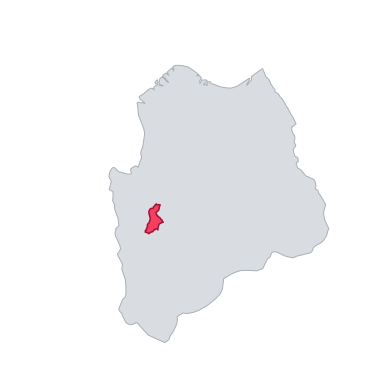 Karim Lamido, Taraba, Nigeria (highlighted), rotated 147°
{"feature_id": "59680162B13157392837231", "entity_name": "Karim Lamido", "entity_type": "district", "adm_level": 2, "iso_a3": "NGA", "parent_name": "Nigeria", "parent_adm1": "Taraba", "projection": "robinson", "projection_center": [10.84, 9.149], "detail": "fine", "context": "in_parent", "style": "filled", "palette": "rose", "viewbox_px": 384, "rotation_deg": 147, "n_neighbors": 0, "source": "geoboundaries", "source_scale": "gbopen_adm2", "svg_char_len": 7019}
<svg xmlns="http://www.w3.org/2000/svg" viewBox="0 0 384 384"><g transform="rotate(147 192 192)"><path d="M296.8,80.5L306.5,95.6L308.5,106.8L309.3,112.3L310.9,113.0L313.9,113.3L316.1,114.4L317.5,116.2L318.3,117.9L318.4,119.0L317.8,125.7L317.1,128.1L317.5,131.4L317.4,132.8L317.1,133.8L315.7,134.9L313.9,136.0L309.5,139.2L308.3,139.7L306.5,139.8L304.9,140.5L303.0,142.3L298.9,148.7L295.5,155.2L292.9,165.6L289.9,168.9L289.3,171.8L288.9,178.3L288.4,180.2L287.9,180.8L284.6,182.1L282.7,183.5L281.6,186.5L280.1,196.5L279.6,198.2L278.5,199.9L276.8,201.8L275.4,202.9L271.6,203.5L268.0,211.1L267.9,212.4L266.3,219.3L263.6,224.4L263.4,227.8L259.9,232.3L258.1,235.4L260.0,238.6L260.1,239.2L254.1,244.6L253.8,245.5L253.5,249.3L253.1,250.3L252.0,251.7L250.4,253.2L248.7,254.4L246.9,255.2L245.1,255.5L244.1,255.0L243.5,253.9L242.5,249.2L242.0,248.2L240.9,247.3L236.3,242.2L233.5,240.4L232.9,240.6L232.4,241.1L231.6,243.6L230.9,244.6L229.4,244.9L226.8,244.9L225.0,244.6L224.6,244.1L223.7,242.1L217.9,246.7L215.9,247.7L213.4,253.2L209.8,256.0L207.3,258.3L200.7,265.8L199.3,268.0L198.0,271.3L195.1,285.4L190.5,294.2L189.9,296.0L189.7,296.0L189.0,296.8L187.3,296.2L186.5,294.6L185.4,294.3L183.5,292.0L183.1,292.4L185.1,298.4L184.3,300.8L178.7,300.8L173.9,301.6L170.5,301.6L168.9,300.7L168.1,298.4L167.9,298.7L167.7,299.9L166.6,300.8L162.9,301.0L161.3,299.5L159.9,297.7L158.5,297.0L158.7,297.7L160.4,299.4L160.1,301.8L157.1,304.6L155.2,304.8L154.1,303.6L153.4,301.6L153.1,298.7L152.4,296.8L151.9,296.8L152.5,299.9L152.5,302.9L153.9,305.2L151.7,305.9L149.1,306.0L148.7,305.2L148.4,303.2L147.9,302.7L147.4,306.0L142.0,306.9L141.2,306.8L141.1,306.2L141.5,305.3L141.4,303.8L140.2,304.9L140.0,307.2L139.3,307.5L137.2,307.2L135.0,306.1L131.3,303.2L126.9,298.6L126.1,296.5L124.9,294.0L122.5,287.0L123.0,286.7L124.0,287.1L124.5,286.4L122.7,285.9L122.3,285.4L122.1,283.9L122.2,282.0L125.1,281.0L125.7,279.9L126.1,278.7L122.6,280.5L119.4,278.5L118.7,277.3L119.0,276.4L122.8,276.3L124.1,275.4L123.3,275.1L121.9,275.1L121.4,274.5L121.4,273.1L120.9,273.4L120.3,274.7L118.1,275.6L116.8,274.7L116.7,272.6L116.4,271.7L115.3,270.9L111.5,265.4L106.7,260.8L102.4,257.7L96.0,256.1L82.4,256.2L81.6,255.8L82.5,255.0L83.7,254.5L88.0,252.0L87.3,251.6L82.8,253.3L81.2,253.4L79.2,256.5L65.8,257.2L65.9,255.7L66.5,251.7L67.3,248.9L66.4,245.5L66.2,242.4L66.8,241.5L67.0,240.3L66.9,232.5L67.6,231.3L67.6,230.5L66.2,227.1L66.3,224.6L66.0,222.1L65.6,220.9L66.1,211.3L66.0,208.9L66.4,207.2L66.7,203.1L66.7,199.0L67.6,192.6L73.3,191.8L74.7,189.3L75.5,186.1L75.3,182.9L77.1,180.2L79.4,177.7L79.3,175.1L79.9,174.2L81.0,173.6L82.5,173.3L84.2,172.0L85.2,169.6L86.1,165.9L84.7,163.3L84.7,162.7L85.3,161.3L86.2,159.9L86.9,159.4L88.6,159.8L89.1,159.2L90.2,155.1L90.1,154.0L88.6,151.2L87.8,143.7L87.4,142.8L86.2,141.4L83.0,136.1L83.1,133.6L84.4,130.4L85.3,128.9L86.6,128.0L86.8,127.3L86.4,126.4L85.8,125.7L85.7,124.3L86.3,122.3L86.2,120.1L86.6,108.8L89.2,106.6L93.0,102.9L94.9,99.1L95.9,96.2L97.3,86.5L99.3,85.4L103.1,81.9L108.2,79.8L111.6,79.2L117.4,79.6L120.4,79.3L122.9,77.3L124.1,76.8L125.7,76.5L140.3,81.5L141.6,81.3L142.7,81.6L144.5,83.0L148.8,87.6L153.3,94.9L154.7,96.5L156.1,97.3L157.5,97.6L158.6,97.5L159.6,96.8L161.1,95.4L163.2,94.8L165.0,94.9L174.1,89.4L174.9,89.3L180.5,90.5L188.1,96.1L194.3,99.7L198.7,100.9L203.9,101.8L212.6,102.1L219.2,94.2L221.7,92.5L224.6,91.0L230.8,89.5L240.9,88.5L250.5,89.0L256.4,90.3L262.7,92.9L265.4,95.3L269.6,95.7L272.7,95.2L273.7,92.8L276.7,89.6L281.3,86.7L285.0,84.6L288.1,83.7L290.8,81.3L293.0,80.6L296.8,80.5ZM163.3,304.1L161.2,304.9L159.8,304.7L161.7,301.5L162.6,302.2L163.8,302.5L163.3,304.1Z" fill="#d9dde1" stroke="#a8b0b8" stroke-width="1"/><path d="M243.1,190.8L243.4,190.7L243.6,190.6L243.9,190.3L244.1,190.2L244.4,189.9L244.6,189.8L245.1,189.6L245.3,189.5L245.5,189.4L246.0,189.4L246.5,189.2L246.8,189.1L247.1,188.9L247.3,188.7L247.5,188.4L247.7,188.2L247.9,188.0L248.0,187.8L248.2,187.4L248.3,187.2L248.5,187.0L248.7,186.9L248.9,186.8L249.1,186.7L249.3,186.6L249.5,186.4L249.9,186.2L250.0,186.1L250.2,185.9L250.3,185.8L250.3,185.7L250.6,185.6L250.8,185.5L250.9,185.4L251.1,185.3L251.4,185.1L251.6,185.2L251.9,185.1L252.2,185.0L252.3,184.8L252.4,184.6L252.5,184.4L252.7,184.2L252.8,184.1L253.0,184.0L252.9,183.8L252.8,183.7L252.7,183.7L252.6,183.4L252.4,183.2L252.2,182.8L252.1,182.6L251.8,182.3L251.5,182.2L251.2,182.0L251.2,181.9L251.2,181.7L251.1,181.4L251.0,181.0L251.1,180.8L250.9,180.6L250.7,180.7L250.4,180.7L250.2,180.7L249.9,180.7L249.7,180.6L249.3,180.6L249.2,180.6L248.8,180.6L248.6,180.6L248.4,180.6L248.1,180.6L247.9,180.6L247.7,180.6L247.2,180.5L247.0,180.3L246.7,180.1L246.3,180.2L246.0,180.3L245.9,180.4L245.7,180.4L245.5,180.5L245.3,180.5L245.2,180.5L244.9,180.7L244.7,180.8L244.5,181.0L244.2,181.2L243.8,181.0L243.6,180.6L243.4,180.5L243.1,180.5L242.8,180.6L242.6,180.6L242.4,180.6L242.0,180.5L241.7,180.3L241.5,180.2L241.4,180.1L241.4,179.9L241.3,179.6L241.2,179.0L240.9,179.2L240.1,180.5L237.1,183.0L235.9,182.9L233.7,182.7L233.4,182.6L232.1,182.2L232.2,182.3L232.3,182.3L232.5,182.5L232.7,182.8L232.8,182.9L232.8,183.0L232.9,183.8L232.7,184.2L232.6,184.3L232.5,184.6L232.6,184.8L232.5,185.1L232.5,185.3L232.7,185.5L232.8,185.8L232.9,186.1L232.9,186.3L232.9,186.5L232.9,186.8L232.9,187.0L232.9,187.4L232.9,187.8L233.1,188.1L233.3,188.4L233.3,188.6L233.3,188.8L233.3,189.0L233.6,189.2L233.7,189.4L233.6,189.6L233.6,189.8L233.7,190.0L233.7,190.4L233.9,190.5L234.0,190.6L234.1,190.8L234.0,191.1L233.9,191.3L233.8,191.5L234.0,191.7L234.2,191.8L234.2,192.0L234.1,192.3L234.1,192.5L234.1,192.8L234.0,193.1L233.9,193.4L233.8,193.5L233.7,193.7L233.6,193.9L233.5,194.0L233.4,194.2L233.3,194.4L233.1,194.4L232.9,194.4L232.8,194.5L232.7,194.5L232.4,194.6L232.2,194.6L231.9,194.5L231.6,194.6L231.4,194.6L231.2,194.7L230.8,194.7L230.6,194.7L230.2,194.8L229.9,195.0L229.7,195.1L229.3,195.4L229.1,195.6L228.9,195.7L228.7,195.9L228.6,196.0L228.3,196.3L228.2,196.4L228.1,196.5L227.9,196.7L227.7,196.9L227.6,197.1L227.5,197.3L227.1,197.5L226.8,197.8L226.7,197.8L226.5,198.0L226.3,198.2L226.2,198.2L226.1,198.3L225.9,198.4L225.8,198.5L226.0,198.7L226.1,198.9L226.2,199.1L226.3,199.2L226.5,199.4L226.6,199.5L226.8,199.5L227.1,199.7L227.1,199.8L227.3,200.0L227.5,200.0L228.0,200.0L228.3,200.2L228.4,200.3L228.5,200.4L228.6,200.5L228.7,200.9L228.9,201.2L228.8,201.4L229.3,201.3L230.2,201.1L230.7,200.9L231.0,200.8L231.4,200.6L232.2,200.6L232.2,200.4L232.5,200.3L232.9,199.8L233.1,199.7L233.4,199.7L233.6,199.7L233.8,199.8L234.1,199.9L234.3,199.9L234.6,200.0L234.9,200.4L235.1,200.4L235.5,200.5L235.9,200.5L236.2,200.4L236.8,200.4L237.1,200.3L237.3,200.1L237.5,200.0L237.7,199.9L237.9,199.8L238.1,199.6L238.3,199.5L238.5,199.4L238.7,199.1L238.8,199.0L238.9,198.8L239.3,198.4L239.5,198.0L239.7,197.6L239.8,197.3L239.9,196.9L240.1,196.5L240.1,196.2L240.3,195.9L240.4,195.5L240.5,195.1L240.6,194.7L240.8,194.3L240.9,194.0L240.9,193.7L241.0,193.5L241.1,193.3L241.2,193.2L241.3,193.1L241.4,192.8L242.1,191.8L242.3,191.6L242.6,191.4L242.9,191.1L243.0,190.9L243.1,190.8Z" fill="#f43f5e" stroke="#9f1239" stroke-width="1.5"/></g></svg>